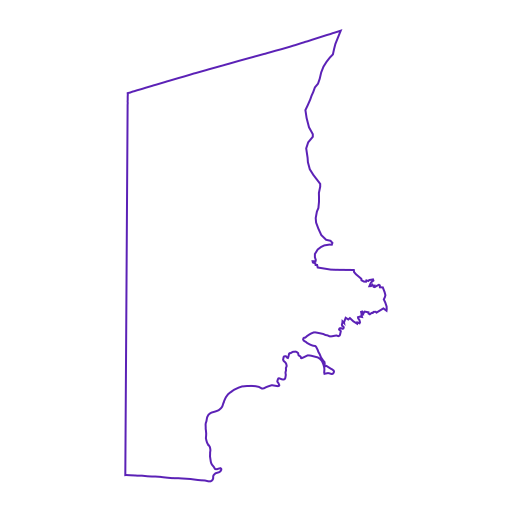 the district of Kungrad, Karakalpakstan, Uzbekistan
{"feature_id": "79887680B80838990154601", "entity_name": "Kungrad", "entity_type": "district", "adm_level": 2, "iso_a3": "UZB", "parent_name": "Uzbekistan", "parent_adm1": "Karakalpakstan", "projection": "natural_earth1", "projection_center": [57.833, 43.432], "detail": "fine", "context": "isolated", "style": "outline", "palette": "violet", "viewbox_px": 512, "rotation_deg": 0, "n_neighbors": 0, "source": "geoboundaries", "source_scale": "gbopen_adm2", "svg_char_len": 5601}
<svg xmlns="http://www.w3.org/2000/svg" viewBox="0 0 512 512"><path d="M382.8,287.4L379.9,287.3L379.8,285.4L378.9,284.8L376.3,286.1L374.7,287.1L373.9,286.9L374.3,285.6L372.8,285.7L372.4,284.8L371.0,286.1L369.4,286.2L370.5,283.6L371.5,282.0L373.4,280.6L373.0,279.4L370.8,279.8L369.3,280.0L368.3,281.0L366.4,280.4L366.0,281.7L364.0,281.6L361.5,280.3L361.3,278.8L356.0,274.3L354.1,272.1L353.8,270.0L335.6,269.8L330.7,269.6L317.7,267.5L317.1,265.0L315.6,265.0L315.3,263.4L312.9,262.5L312.6,261.2L315.5,261.3L315.8,260.0L314.9,257.2L314.9,254.0L317.7,249.5L321.0,247.0L324.3,245.4L329.4,244.6L331.8,244.7L332.4,242.9L330.5,240.8L326.1,239.8L321.3,235.1L318.3,228.5L316.1,222.6L315.7,218.1L316.9,211.6L318.4,208.0L319.0,201.8L319.0,197.1L318.9,192.9L320.2,186.7L320.2,183.9L313.4,175.0L309.8,169.3L307.9,162.2L307.6,157.9L306.2,148.4L308.2,142.3L312.8,136.8L312.8,134.2L309.0,127.3L306.6,118.0L305.4,110.1L307.6,105.5L310.2,99.6L311.6,95.6L313.2,92.1L314.9,87.4L318.0,83.7L319.7,78.8L321.2,72.4L323.5,66.6L326.6,61.7L329.9,57.5L332.9,54.4L334.1,48.9L335.4,43.9L340.7,30.7L339.8,31.0L334.1,32.8L332.9,33.1L330.3,34.1L329.1,34.4L326.6,35.1L321.0,36.9L316.6,38.3L311.3,40.0L311.1,40.1L307.5,41.3L305.1,41.9L303.8,42.4L301.7,43.0L295.3,45.1L293.4,45.6L290.0,46.7L281.4,49.2L279.1,49.8L275.6,50.7L270.1,52.3L267.2,53.1L265.4,53.7L263.9,54.0L257.4,55.8L255.1,56.4L253.1,57.0L249.7,57.9L241.3,60.2L238.4,61.0L232.2,62.8L219.0,66.5L216.5,67.2L208.5,69.4L206.2,70.1L203.0,71.0L195.6,73.1L193.8,73.5L190.1,74.7L184.1,76.5L178.3,78.1L174.9,79.1L169.5,80.7L166.6,81.5L165.8,81.8L158.1,84.1L156.1,84.7L153.8,85.3L153.7,85.3L152.3,85.8L145.8,87.7L142.1,88.9L140.7,89.3L137.0,90.3L134.6,91.1L134.3,91.2L132.9,91.5L130.5,92.4L130.4,92.5L128.1,93.0L127.7,93.1L127.7,93.3L127.8,94.5L127.8,94.9L127.7,96.4L127.7,96.9L127.7,98.1L127.7,99.8L127.7,100.0L127.6,101.5L127.6,101.8L127.7,102.4L127.7,103.2L127.7,103.6L127.6,104.8L127.6,106.2L127.6,107.5L125.3,475.1L126.0,475.0L129.1,475.2L135.4,475.5L136.4,475.6L136.5,475.6L138.1,475.7L142.2,475.7L147.7,476.3L151.4,476.5L154.8,476.5L160.8,476.9L161.1,477.0L163.6,477.3L167.3,477.7L171.6,478.1L175.0,478.2L175.6,478.2L178.4,478.2L180.8,478.4L185.7,478.7L190.5,479.0L192.6,479.3L197.9,480.0L201.4,480.3L203.6,480.4L205.0,480.5L208.3,481.3L210.6,481.3L211.6,480.8L212.5,479.9L213.1,478.7L213.2,477.1L213.2,476.2L213.5,475.4L214.0,474.7L215.5,473.3L219.1,472.2L220.0,471.6L220.7,470.9L221.3,469.7L221.2,468.8L220.5,468.2L218.4,468.7L217.0,469.2L215.3,469.1L214.9,468.8L213.8,466.9L212.0,464.7L211.3,463.4L210.8,461.7L210.0,456.4L210.1,453.8L210.1,452.5L210.4,450.4L210.3,449.1L209.9,447.1L208.9,445.4L208.3,445.1L208.3,444.7L207.6,443.8L206.9,442.2L206.3,440.1L205.9,438.2L206.1,435.9L206.2,433.6L205.9,430.2L205.7,429.0L205.7,427.3L205.6,424.4L205.8,423.0L206.4,421.3L207.0,417.9L207.3,416.9L208.4,414.9L208.6,414.6L209.0,414.3L210.2,413.3L211.5,412.6L215.3,411.5L217.8,410.6L219.1,409.9L221.1,408.1L222.2,406.6L222.5,405.8L222.7,405.3L223.2,403.6L223.7,402.3L223.8,402.3L224.1,401.1L225.3,398.4L225.4,398.2L226.1,396.9L228.1,394.2L230.3,392.4L230.7,392.2L231.3,391.7L231.5,391.7L231.7,391.4L234.2,389.7L238.7,387.6L242.2,386.4L243.0,386.4L245.9,386.1L247.1,386.0L247.5,386.0L248.6,386.0L251.5,385.9L255.6,386.2L258.9,386.9L261.8,388.5L262.9,388.5L264.2,388.2L265.6,387.4L267.3,386.7L268.7,386.2L270.8,385.5L271.9,385.2L277.4,386.1L278.1,386.1L279.0,385.8L279.3,385.2L278.5,383.3L277.5,381.9L277.3,381.3L277.9,379.3L278.4,378.4L278.6,378.3L279.2,378.3L282.1,379.4L283.6,379.5L284.5,379.2L285.1,378.5L285.4,377.5L285.8,374.9L285.6,373.8L285.5,372.3L286.0,370.4L285.9,368.0L286.6,366.3L286.6,365.4L286.1,363.6L285.3,362.4L283.7,361.0L283.1,359.7L283.6,357.1L284.0,356.5L285.2,356.2L286.0,356.3L287.3,357.8L287.9,358.0L288.4,356.7L289.1,353.7L289.6,353.2L290.5,353.2L290.9,352.9L291.3,352.8L292.3,352.1L293.1,351.8L294.8,351.7L295.4,351.6L296.5,351.9L298.1,353.1L298.5,355.1L299.1,355.7L300.2,356.3L300.7,356.8L301.0,358.0L301.4,358.2L302.1,358.0L303.7,357.3L307.6,355.4L309.0,355.4L311.1,355.7L317.7,357.4L319.0,358.2L319.9,358.8L321.5,360.5L322.1,361.4L322.7,362.7L323.3,364.2L323.7,365.5L324.2,367.5L324.4,369.3L324.2,372.6L324.5,373.8L325.3,373.6L327.9,373.1L328.9,373.2L331.6,374.0L332.4,373.9L333.1,373.5L333.4,373.1L334.0,371.8L333.7,370.6L332.0,369.3L330.8,368.7L328.3,367.1L326.4,365.9L325.4,366.2L324.6,365.5L324.7,363.5L324.4,361.9L323.3,360.8L321.0,357.4L319.6,354.0L318.5,352.2L317.9,350.6L317.7,350.0L316.2,347.0L315.4,346.1L315.1,346.0L313.0,345.7L311.3,345.1L309.7,344.4L307.0,342.9L306.0,342.0L305.1,341.5L303.7,340.6L303.1,339.4L303.5,338.2L304.2,337.7L305.3,337.6L307.1,336.0L309.5,334.4L311.3,333.4L313.8,332.4L315.4,332.4L317.6,332.8L320.6,333.4L323.3,334.0L325.4,335.0L327.6,335.4L328.8,336.0L329.9,336.4L331.8,336.3L335.0,335.7L336.5,335.5L338.2,336.1L338.6,336.1L339.5,335.6L340.0,334.8L340.8,331.2L340.3,330.5L339.1,329.6L339.1,329.3L339.5,328.5L340.0,328.2L341.1,328.2L342.1,328.7L342.8,328.8L343.4,328.4L343.7,327.5L343.7,327.1L343.1,326.4L342.3,326.0L342.1,325.6L341.9,324.7L342.4,322.7L342.5,321.3L343.3,322.1L344.1,323.0L344.0,322.3L344.8,320.2L345.7,317.8L348.3,319.5L349.9,318.1L353.3,321.3L357.1,323.7L357.3,322.4L359.5,323.3L360.0,322.3L359.4,320.0L358.2,318.4L358.0,317.2L359.9,316.6L362.0,317.0L361.4,315.2L362.7,314.7L361.4,313.3L361.1,311.9L362.2,311.5L363.5,313.3L364.6,311.6L368.5,312.3L368.5,313.5L369.8,314.3L371.7,312.9L372.7,313.0L373.5,311.9L375.7,311.8L376.5,312.6L383.4,308.4L386.5,310.7L386.7,309.2L386.6,306.5L385.3,302.6L383.8,299.4L384.9,297.1L385.4,295.2L384.6,292.1L382.8,287.4Z" fill="none" stroke="#5b21b6" stroke-width="2"/></svg>